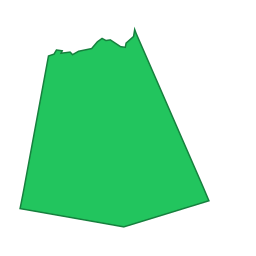 Ellis, Texas, United States of America (Equal Earth projection), rotated 280°
{"feature_id": "52423323B98957090602000", "entity_name": "Ellis", "entity_type": "district", "adm_level": 2, "iso_a3": "USA", "parent_name": "United States of America", "parent_adm1": "Texas", "projection": "equal_earth", "projection_center": [-96.646, 32.301], "detail": "fine", "context": "isolated", "style": "filled", "palette": "green", "viewbox_px": 256, "rotation_deg": 280, "n_neighbors": 0, "source": "geoboundaries", "source_scale": "gbopen_adm2", "svg_char_len": 480}
<svg xmlns="http://www.w3.org/2000/svg" viewBox="0 0 256 256"><g transform="rotate(280 128 128)"><path d="M29.9,141.0L70.4,220.3L82.9,212.2L222.8,119.4L226.1,117.5L219.1,117.6L211.3,111.4L207.0,111.3L206.8,106.5L211.7,95.3L210.3,91.1L211.7,86.9L207.6,82.9L199.9,78.4L195.0,66.0L190.6,60.7L192.7,57.8L190.0,49.1L192.6,49.8L192.4,44.0L187.9,42.3L185.1,37.2L50.3,36.1L43.4,36.0L39.4,35.9L37.7,35.9L29.9,35.7L29.9,141.0Z" fill="#22c55e" stroke="#15803d" stroke-width="1.5"/></g></svg>